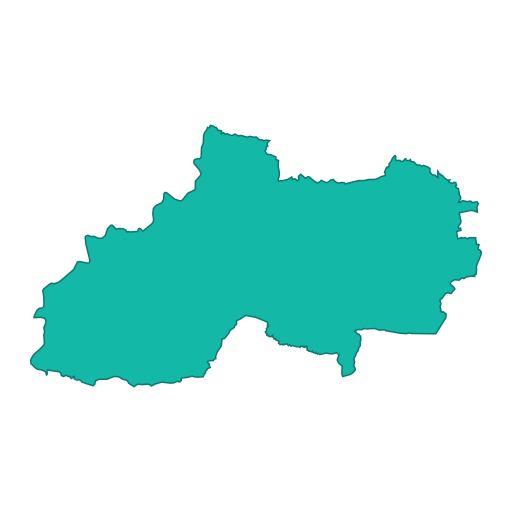 Ia Grai, Gia Lai, Vietnam
{"feature_id": "81297802B6416238429405", "entity_name": "Ia Grai", "entity_type": "district", "adm_level": 2, "iso_a3": "VNM", "parent_name": "Vietnam", "parent_adm1": "Gia Lai", "projection": "albers", "projection_center": [107.729, 13.99], "detail": "fine", "context": "isolated", "style": "filled", "palette": "teal", "viewbox_px": 512, "rotation_deg": 0, "n_neighbors": 0, "source": "geoboundaries", "source_scale": "gbopen_adm2", "svg_char_len": 6058}
<svg xmlns="http://www.w3.org/2000/svg" viewBox="0 0 512 512"><path d="M207.5,127.4L207.0,129.4L204.6,132.6L203.6,135.6L203.3,143.0L201.5,147.7L201.1,157.4L199.7,158.6L195.2,159.2L194.3,160.1L193.8,161.6L194.1,163.7L199.0,169.3L201.1,173.5L200.4,175.5L195.4,181.2L195.3,188.5L194.1,190.3L188.0,193.1L182.1,200.3L180.2,201.0L174.7,199.2L166.6,192.7L164.7,192.5L164.0,193.7L163.6,199.4L161.9,202.6L156.1,205.5L153.4,208.4L152.8,213.9L153.6,219.3L153.2,222.1L151.5,224.2L143.3,230.8L142.5,230.9L140.5,228.8L139.5,228.4L138.6,228.8L137.9,230.9L136.8,231.6L129.4,232.0L128.3,231.5L127.1,232.1L125.7,230.0L123.0,228.8L119.5,228.5L116.2,229.1L112.5,225.3L111.6,225.1L110.5,225.5L107.6,228.5L105.3,235.5L102.0,238.3L98.0,238.2L94.1,236.3L90.6,236.6L88.1,235.3L86.4,235.8L85.3,236.8L85.2,237.7L85.9,243.9L90.0,260.8L89.3,262.8L88.1,263.2L79.7,261.6L77.5,261.8L73.6,269.6L62.4,279.3L58.6,282.2L55.5,283.4L53.6,283.7L51.8,283.2L49.8,284.0L43.5,289.1L42.8,290.5L43.8,297.4L44.0,304.5L43.6,306.9L42.2,308.1L39.1,308.4L37.0,310.3L34.0,316.7L34.1,317.7L40.5,317.3L44.3,318.1L45.8,319.8L45.9,321.3L45.5,323.9L43.8,327.9L44.6,331.5L43.8,335.0L44.4,342.4L44.0,344.8L40.1,349.0L34.2,354.1L32.5,356.4L30.7,360.1L31.0,363.7L35.9,368.3L37.6,369.3L41.8,370.0L44.7,371.3L45.7,372.2L46.6,374.9L47.3,374.1L47.0,371.1L47.4,370.0L59.3,371.8L61.0,373.4L61.3,375.4L63.4,376.5L66.4,375.2L67.6,376.2L70.3,376.6L70.4,377.7L71.6,378.4L73.7,376.4L74.4,376.4L74.1,378.7L77.1,380.1L79.1,379.7L80.9,380.7L81.9,382.1L93.1,385.8L94.8,384.0L95.4,381.0L99.0,379.2L106.8,379.3L114.1,376.4L118.8,376.8L122.9,379.4L126.1,380.0L127.9,381.3L128.5,383.1L134.1,386.7L137.6,384.1L142.0,384.6L147.8,384.1L149.6,384.6L151.4,386.0L155.3,384.0L161.7,382.1L170.4,383.1L173.5,382.9L177.1,381.4L179.9,381.9L181.3,380.4L181.2,378.3L181.7,378.0L186.7,377.5L192.1,376.1L194.0,376.8L197.9,377.1L203.2,376.8L204.1,374.2L205.6,372.7L205.5,371.3L206.9,370.0L206.9,369.1L210.2,367.4L209.4,365.7L209.5,364.2L207.6,362.3L207.5,361.5L209.6,360.7L213.3,360.6L214.1,359.3L215.9,358.6L215.6,356.7L216.9,352.5L221.3,346.0L222.0,339.0L224.6,338.5L228.9,333.0L230.0,330.4L234.3,327.4L235.0,325.6L236.5,324.3L236.6,320.6L239.4,319.5L245.8,315.4L256.0,317.4L267.7,322.2L267.5,324.3L268.2,324.7L267.9,325.5L268.2,325.9L267.3,326.1L267.8,327.0L266.3,328.9L266.7,329.5L266.3,331.3L265.4,331.8L265.7,332.9L266.8,333.6L266.8,335.1L267.6,335.0L268.2,336.1L268.8,335.8L269.8,336.7L271.4,336.6L272.6,335.3L272.6,336.9L273.7,337.6L274.1,339.0L275.7,338.8L275.6,339.7L279.0,341.4L278.6,343.2L280.2,344.6L281.9,344.3L283.2,344.8L283.5,344.3L284.1,344.6L286.9,343.8L288.4,345.7L289.6,344.9L291.0,346.2L291.7,345.7L293.5,345.8L297.2,346.8L298.8,346.7L300.1,347.4L300.7,346.1L302.3,346.7L302.8,346.1L303.4,346.9L304.5,347.3L304.3,346.6L305.5,346.8L306.3,345.9L306.9,346.6L307.1,350.1L307.9,350.2L308.8,351.2L310.5,351.2L311.6,351.9L312.3,351.1L313.0,352.5L314.7,353.0L315.6,352.4L316.0,353.5L316.8,353.3L317.5,354.0L318.2,353.4L319.8,354.5L326.4,353.0L329.8,353.8L332.6,353.8L336.4,352.7L339.0,354.8L337.2,359.9L338.6,363.0L342.1,366.1L341.9,374.2L342.7,376.5L343.2,376.4L349.8,374.6L352.8,372.8L355.3,369.9L354.8,367.5L353.7,365.8L354.6,361.3L353.8,358.6L355.6,355.6L356.3,353.1L358.3,350.3L358.7,348.0L360.3,345.7L360.1,341.9L360.8,340.3L360.7,336.4L358.7,334.0L357.2,333.8L356.3,332.1L355.6,332.2L354.7,331.0L355.2,330.5L357.7,329.6L361.6,329.7L364.4,328.5L366.7,328.9L374.5,328.5L379.3,330.1L384.8,329.8L385.7,330.7L400.3,333.2L406.3,333.7L409.2,332.9L411.6,333.5L435.8,333.8L445.8,317.8L446.2,314.1L443.3,311.8L441.7,312.1L440.4,310.4L441.0,310.0L440.0,307.0L440.9,303.9L440.1,301.1L440.2,299.7L442.0,298.4L445.4,293.7L447.4,292.8L451.0,293.5L454.9,289.0L453.7,287.0L450.3,284.3L450.7,282.0L454.7,279.7L459.1,280.2L461.8,277.9L464.1,278.6L465.6,277.2L471.2,276.1L474.7,276.4L474.1,275.1L476.0,274.4L476.5,271.4L476.5,265.8L481.0,254.7L481.3,251.6L480.8,251.6L480.0,250.1L478.7,249.7L477.8,248.5L479.1,244.8L478.5,244.4L476.5,244.5L475.8,239.7L475.3,239.0L475.7,237.8L469.8,237.7L468.5,238.0L467.7,238.8L465.0,237.6L462.1,238.4L461.8,237.5L457.7,238.8L456.5,231.5L461.0,230.3L460.6,228.1L458.6,228.5L458.2,226.6L460.5,223.4L461.0,221.5L459.2,212.8L470.9,210.4L473.4,210.7L477.4,212.2L476.9,207.3L478.3,203.6L477.1,201.8L473.0,202.5L471.9,202.2L470.6,201.1L467.3,201.6L462.4,200.7L460.8,202.0L458.6,202.4L460.7,198.5L460.3,196.2L459.5,195.4L458.4,188.6L456.8,188.0L455.7,186.9L455.7,185.8L456.6,185.5L455.7,182.5L453.9,182.4L452.3,183.3L448.8,182.1L449.8,179.9L447.7,180.1L444.7,178.3L442.8,175.8L441.4,175.4L440.7,174.3L438.6,173.4L438.6,172.1L437.8,171.2L437.9,177.6L434.9,175.2L432.4,174.7L429.9,172.3L430.0,168.4L428.2,167.3L423.8,165.4L421.7,166.3L420.1,165.1L416.8,164.9L413.9,161.9L411.3,161.7L410.4,159.6L409.5,160.5L406.8,160.5L406.1,160.2L405.9,158.9L405.1,158.7L403.8,160.5L402.3,161.5L400.9,161.3L399.9,160.4L396.2,160.5L395.3,158.1L395.9,157.0L395.3,155.7L394.1,156.2L392.5,158.2L391.1,161.3L389.0,164.0L389.2,165.8L388.2,167.2L387.6,167.6L387.1,167.0L386.4,167.8L384.5,172.2L385.3,173.8L385.1,175.6L380.9,176.7L377.8,178.5L374.9,179.4L368.5,179.5L364.4,180.5L358.7,180.6L345.2,183.9L344.0,182.7L342.1,182.4L338.3,183.2L335.3,181.7L333.4,179.5L330.4,180.2L328.8,181.8L327.1,182.5L325.4,182.4L321.4,180.3L318.9,182.5L317.7,182.7L315.9,182.4L309.1,176.9L307.7,176.8L305.9,178.1L305.3,178.1L300.7,174.3L298.5,176.3L298.8,179.5L297.7,180.8L294.8,178.7L292.6,179.5L291.7,177.0L287.4,179.6L282.5,180.7L278.6,181.0L277.9,180.2L279.2,175.9L279.4,172.8L278.2,166.3L278.5,160.5L276.2,159.6L275.8,156.9L270.6,154.7L266.9,154.1L265.5,151.9L265.3,150.3L266.1,149.3L266.1,147.5L267.8,146.0L267.0,144.5L267.5,142.8L269.6,140.6L266.1,140.1L263.9,140.8L261.8,139.8L259.7,140.0L256.1,136.9L254.2,137.3L249.9,136.3L247.5,137.2L240.6,135.4L238.6,135.9L234.8,134.1L232.4,135.4L231.3,135.4L229.0,134.8L227.6,133.7L225.2,134.3L223.4,132.6L221.4,133.9L221.0,133.5L221.7,131.7L221.4,130.7L218.0,130.3L216.2,127.4L215.1,127.5L214.3,126.6L210.6,125.3L210.0,125.8L209.6,127.5L208.4,127.8L207.5,127.4Z" fill="#14b8a6" stroke="#0f766e" stroke-width="1.5"/></svg>